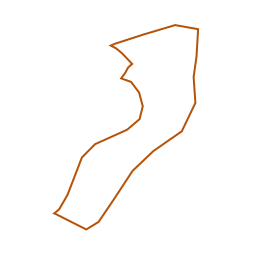 the Municipality of Budva, rotated 75°
{"feature_id": "MNE-1499", "entity_name": "Budva", "entity_type": "Municipality", "adm_level": 1, "iso_a3": "MNE", "parent_name": "Montenegro", "parent_adm1": "", "projection": "equal_earth", "projection_center": [18.879, 42.272], "detail": "fine", "context": "isolated", "style": "outline", "palette": "amber", "viewbox_px": 256, "rotation_deg": 75, "n_neighbors": 0, "source": "natural_earth", "source_scale": "10m", "svg_char_len": 548}
<svg xmlns="http://www.w3.org/2000/svg" viewBox="0 0 256 256"><g transform="rotate(75 128 128)"><path d="M191.4,221.3L188.7,215.5L176.9,203.7L144.5,180.1L135.1,164.0L129.4,129.2L122.4,114.5L110.8,108.1L96.6,108.1L84.3,113.1L78.3,121.8L74.4,116.8L69.5,112.1L67.2,107.4L54.2,114.5L48.1,118.8L43.9,123.3L43.2,118.1L41.7,88.6L40.8,55.8L47.8,40.9L50.7,34.7L76.9,43.4L95.7,51.4L121.2,56.4L145.1,76.9L151.9,95.8L156.8,109.4L170.6,134.7L192.8,159.6L211.1,180.7L215.2,194.6L191.5,221.1L191.4,221.3Z" fill="none" stroke="#b45309" stroke-width="2"/></g></svg>